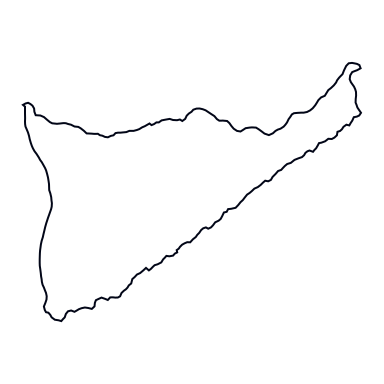 outline of Icaraí de Minas, Minas Gerais, Brazil
{"feature_id": "56859067B22944648625044", "entity_name": "Icaraí de Minas", "entity_type": "district", "adm_level": 2, "iso_a3": "BRA", "parent_name": "Brazil", "parent_adm1": "Minas Gerais", "projection": "orthographic", "projection_center": [-44.889, -16.228], "detail": "fine", "context": "isolated", "style": "outline", "palette": "ink", "viewbox_px": 384, "rotation_deg": 0, "n_neighbors": 0, "source": "geoboundaries", "source_scale": "gbopen_adm2", "svg_char_len": 4084}
<svg xmlns="http://www.w3.org/2000/svg" viewBox="0 0 384 384"><path d="M313.0,151.8L314.4,150.0L316.1,148.3L317.8,145.4L319.0,143.1L321.3,142.7L325.1,141.3L328.3,138.8L331.8,139.0L334.4,137.6L336.9,135.3L337.5,131.8L340.0,131.0L341.9,129.3L343.5,126.8L346.4,124.7L349.3,125.4L350.8,122.8L352.3,120.6L353.8,117.2L356.9,116.6L359.2,115.5L361.0,112.8L359.2,110.2L357.4,107.5L356.5,104.8L355.6,102.6L355.7,99.1L356.1,95.6L356.0,91.9L355.2,89.2L354.0,86.6L352.3,84.2L350.9,82.2L349.7,79.2L350.2,75.4L352.2,72.1L354.4,71.2L357.1,70.2L360.6,68.3L359.4,65.1L357.0,63.9L354.7,63.4L352.0,62.9L348.7,63.3L346.2,65.9L344.0,70.4L342.5,74.2L340.7,76.0L339.1,77.7L337.1,80.3L336.1,82.5L333.8,85.4L330.9,88.1L328.3,90.1L326.7,92.7L324.8,95.8L321.1,97.4L318.4,100.1L316.8,102.8L315.2,105.3L312.7,108.3L310.1,110.4L307.0,112.0L303.5,112.7L300.6,112.7L297.2,112.9L294.0,113.2L291.9,114.4L290.3,116.9L288.6,119.2L287.0,122.5L285.4,124.7L283.7,126.6L280.5,128.7L277.8,129.6L275.5,130.9L272.9,133.3L268.9,135.1L264.5,133.6L261.5,131.3L258.6,129.2L256.0,127.6L251.9,127.4L249.5,127.6L245.6,128.2L242.9,130.0L240.5,131.5L237.0,130.9L233.7,128.7L231.5,126.1L229.4,123.1L227.1,121.0L222.9,120.6L219.3,120.7L216.9,119.1L214.4,116.1L211.0,113.9L207.7,111.7L205.6,110.3L202.7,109.2L199.6,108.5L196.5,108.6L193.3,109.7L191.5,111.8L188.9,113.5L186.7,115.7L185.2,118.9L182.3,121.0L179.9,119.5L177.1,120.2L173.0,120.0L169.7,118.9L165.7,119.6L161.6,120.4L158.8,122.4L156.4,122.4L154.0,124.1L151.5,125.1L149.5,123.5L146.9,125.0L144.8,126.2L142.2,127.3L139.3,129.1L136.9,130.0L133.5,130.9L129.3,130.9L126.3,132.1L123.1,132.4L120.1,132.7L117.8,132.7L115.5,133.1L113.5,135.3L110.8,135.9L107.9,137.3L104.9,136.9L102.4,135.7L99.9,135.2L97.9,133.8L94.5,133.9L91.0,133.6L86.6,133.4L83.9,130.8L80.7,128.3L78.3,126.9L74.5,126.5L71.0,124.7L68.1,124.0L65.8,123.2L63.4,123.1L60.1,123.5L57.0,123.8L52.2,123.3L49.9,122.1L47.1,119.8L44.0,117.1L40.4,115.5L35.7,115.2L34.4,111.8L34.1,108.5L32.5,105.7L30.4,104.0L28.1,102.8L25.5,103.5L23.0,104.9L25.0,106.6L25.0,109.0L25.0,113.5L25.1,118.2L25.0,121.5L25.1,124.1L25.5,126.6L26.5,128.9L28.0,132.5L29.0,135.8L29.7,139.1L30.8,142.9L31.8,145.8L32.9,148.3L34.5,151.2L36.6,154.0L38.9,157.6L40.1,159.9L41.8,162.2L43.5,165.2L45.1,168.1L46.1,170.4L47.1,173.9L48.0,177.5L48.6,181.2L49.0,184.0L49.2,190.1L50.3,193.3L51.2,197.1L51.5,200.5L51.9,203.2L51.7,206.7L51.1,209.2L50.1,212.0L48.9,215.4L48.0,217.9L47.2,220.4L46.3,223.1L45.2,227.0L44.3,230.8L43.5,234.1L42.8,237.3L41.7,240.7L40.9,244.4L40.5,247.4L40.1,250.3L39.9,253.0L39.8,255.8L39.7,259.3L39.7,263.2L39.8,265.9L40.3,269.4L40.8,273.3L41.1,276.4L41.6,279.1L41.9,281.9L42.6,284.8L43.9,287.5L44.9,290.2L46.0,292.9L46.7,296.2L46.5,299.5L45.4,302.8L43.9,306.5L44.8,310.0L46.0,312.2L48.4,312.7L50.3,314.9L51.6,317.3L54.8,319.7L58.6,320.3L61.3,321.1L62.9,319.2L64.7,317.4L65.9,313.9L68.0,311.3L71.1,310.5L74.5,311.8L76.6,310.6L78.9,309.2L81.6,308.2L84.9,307.5L88.3,308.0L91.8,308.9L94.5,306.4L94.9,302.8L95.9,300.2L98.2,299.1L101.5,297.6L105.2,298.9L107.8,300.0L110.2,297.4L112.7,297.3L115.3,297.6L117.9,297.5L120.1,296.3L121.5,293.0L123.9,290.7L125.9,289.3L127.5,287.6L128.8,285.4L131.2,283.5L132.3,279.1L134.7,277.0L137.0,274.5L140.1,273.1L143.3,270.4L146.0,267.9L148.9,270.4L151.0,268.8L152.7,267.0L154.6,265.2L157.6,264.3L161.3,262.4L163.1,259.4L164.8,257.7L166.4,255.9L169.4,256.3L173.1,255.6L174.8,253.6L177.2,252.4L176.7,250.1L178.7,248.7L180.0,246.8L182.1,244.7L184.6,243.3L187.2,242.2L190.2,242.3L192.9,239.3L195.8,237.0L197.3,234.8L199.2,232.9L201.1,230.1L203.2,228.3L205.9,227.4L208.2,228.7L211.0,227.4L213.0,225.3L215.2,222.3L218.6,220.7L220.7,218.9L222.2,216.1L223.9,212.5L226.7,211.8L228.1,209.1L231.1,208.8L235.6,207.8L238.2,205.1L240.5,202.2L242.8,200.1L244.7,197.6L247.1,194.6L249.7,192.9L251.8,191.1L254.4,188.6L257.8,187.1L260.7,184.9L263.0,182.6L265.2,180.7L268.2,181.3L270.9,179.9L272.6,176.9L275.6,173.9L278.1,171.0L281.2,169.9L282.8,168.1L284.8,166.0L287.2,164.0L290.8,162.9L294.5,159.9L298.5,158.3L302.0,157.1L304.1,155.2L305.4,152.9L307.4,151.3L309.5,150.5L313.0,151.8Z" fill="none" stroke="#020617" stroke-width="2"/></svg>